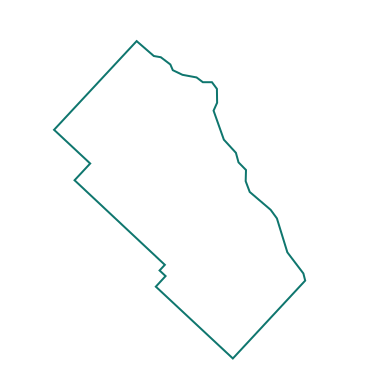 the district of Jerome, Idaho, United States of America, rotated 223°
{"feature_id": "52423323B77549973511712", "entity_name": "Jerome", "entity_type": "district", "adm_level": 2, "iso_a3": "USA", "parent_name": "United States of America", "parent_adm1": "Idaho", "projection": "natural_earth1", "projection_center": [-114.264, 42.673], "detail": "fine", "context": "isolated", "style": "outline", "palette": "teal", "viewbox_px": 384, "rotation_deg": 223, "n_neighbors": 0, "source": "geoboundaries", "source_scale": "gbopen_adm2", "svg_char_len": 552}
<svg xmlns="http://www.w3.org/2000/svg" viewBox="0 0 384 384"><g transform="rotate(223 192 192)"><path d="M58.2,98.1L48.6,98.1L48.8,204.4L55.0,208.4L81.1,212.9L111.9,230.6L122.3,232.6L149.8,231.4L160.1,236.5L167.5,244.9L178.2,245.4L186.6,250.6L204.4,252.0L231.7,266.2L234.5,274.4L244.1,284.4L252.3,285.9L259.0,279.7L266.8,278.9L278.9,271.2L289.1,268.0L294.8,270.5L306.7,269.3L312.7,265.4L335.4,264.6L335.3,143.4L285.9,143.4L285.9,120.5L162.2,120.2L162.2,112.5L154.0,112.5L153.9,98.1L58.2,98.1Z" fill="none" stroke="#0f766e" stroke-width="2"/></g></svg>